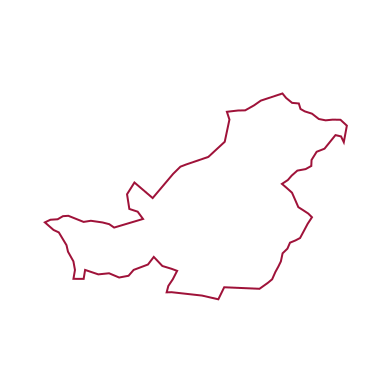 Feliz, Rio Grande do Sul, Brazil (Mercator projection), rotated 206°
{"feature_id": "56859067B13504623121185", "entity_name": "Feliz", "entity_type": "district", "adm_level": 2, "iso_a3": "BRA", "parent_name": "Brazil", "parent_adm1": "Rio Grande do Sul", "projection": "mercator", "projection_center": [-51.284, -29.457], "detail": "fine", "context": "isolated", "style": "outline", "palette": "rose", "viewbox_px": 384, "rotation_deg": 206, "n_neighbors": 0, "source": "geoboundaries", "source_scale": "gbopen_adm2", "svg_char_len": 1295}
<svg xmlns="http://www.w3.org/2000/svg" viewBox="0 0 384 384"><g transform="rotate(206 192 192)"><path d="M88.9,134.6L84.0,143.6L81.7,148.7L82.0,156.8L81.7,162.7L81.7,168.6L83.7,176.6L81.4,182.9L81.7,189.4L77.8,193.8L74.7,198.0L74.4,205.6L74.1,214.2L73.1,221.9L78.1,223.6L84.4,224.4L89.8,225.0L96.0,230.3L101.8,235.2L108.8,237.2L114.7,238.7L111.1,244.8L109.6,250.4L106.7,257.4L99.9,262.4L96.2,267.7L98.6,273.2L97.6,282.8L91.9,289.0L88.0,306.0L82.4,307.3L77.4,303.3L81.9,319.5L90.2,322.0L97.3,318.7L103.3,315.0L110.0,313.2L118.5,315.0L126.0,313.9L130.9,314.2L134.8,318.4L141.1,316.0L148.7,317.8L153.9,320.2L170.2,304.3L174.2,297.1L180.0,288.7L186.4,285.4L195.8,279.4L190.1,273.5L184.6,251.5L192.7,230.7L209.3,214.2L213.5,209.7L216.9,200.1L224.7,169.3L247.9,175.3L249.4,161.5L240.9,149.3L232.2,150.5L224.2,146.3L246.4,125.9L252.3,126.8L259.1,125.4L270.3,121.8L276.3,117.6L292.7,116.4L297.4,113.7L300.8,108.6L307.1,105.0L310.9,100.2L299.8,97.2L294.0,97.3L281.5,89.2L277.3,84.0L268.2,77.7L263.0,70.6L260.5,62.0L251.3,66.4L253.9,75.1L240.1,76.9L230.9,82.6L220.0,83.2L212.3,88.9L210.3,96.4L199.8,107.5L197.9,116.9L186.2,112.5L176.8,114.0L170.8,114.6L171.0,105.2L172.1,97.2L170.8,90.7L166.4,93.0L137.6,103.3L121.3,107.1L121.3,120.5L88.9,134.6Z" fill="none" stroke="#9f1239" stroke-width="2"/></g></svg>